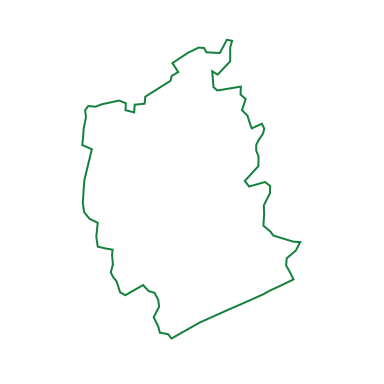 Pato Bragado, Paraná, Brazil, rotated 238°
{"feature_id": "56859067B45682714407991", "entity_name": "Pato Bragado", "entity_type": "district", "adm_level": 2, "iso_a3": "BRA", "parent_name": "Brazil", "parent_adm1": "Paraná", "projection": "natural_earth1", "projection_center": [-54.242, -24.639], "detail": "fine", "context": "isolated", "style": "outline", "palette": "green", "viewbox_px": 384, "rotation_deg": 238, "n_neighbors": 0, "source": "geoboundaries", "source_scale": "gbopen_adm2", "svg_char_len": 1352}
<svg xmlns="http://www.w3.org/2000/svg" viewBox="0 0 384 384"><g transform="rotate(238 192 192)"><path d="M307.7,278.5L310.9,274.3L312.2,262.3L311.7,243.7L301.0,243.9L301.2,236.3L297.7,232.6L297.6,202.9L292.0,198.6L296.4,189.7L290.2,185.1L296.6,179.0L302.3,182.9L308.2,178.6L314.2,161.9L315.5,155.3L319.9,149.6L317.9,144.6L311.8,141.9L303.5,134.0L295.4,128.1L290.0,123.8L281.3,129.7L259.3,107.2L251.6,101.5L240.9,93.8L232.3,89.9L223.8,90.8L215.8,95.7L204.7,87.1L195.6,83.1L189.8,88.9L185.2,94.1L180.9,90.8L172.4,86.5L167.0,80.6L161.8,80.0L156.3,80.7L145.0,77.9L139.8,80.7L139.0,101.2L131.0,102.7L126.4,106.8L118.4,106.2L112.1,103.3L106.2,93.2L95.5,92.0L89.7,90.2L84.2,96.3L78.6,97.0L78.3,104.6L77.3,128.7L73.0,160.2L70.7,175.3L67.5,198.3L67.2,205.0L65.4,219.5L64.1,231.8L73.0,232.6L79.9,232.9L85.6,237.2L87.4,249.2L92.2,257.2L96.2,251.6L103.2,245.5L112.1,237.8L116.8,237.6L125.6,234.7L135.1,241.5L142.6,245.8L149.6,257.4L155.6,261.5L161.8,259.2L166.4,243.3L173.4,242.7L178.8,262.0L186.8,267.2L193.3,268.5L198.0,271.5L200.8,276.2L203.9,283.2L207.5,286.9L212.9,287.4L214.3,276.4L219.2,277.4L227.4,279.5L234.9,277.7L242.4,286.8L248.9,284.8L255.5,289.3L264.7,267.2L269.6,265.8L275.9,269.1L283.7,273.1L278.0,276.0L282.6,293.6L294.3,301.0L299.0,306.1L302.6,302.2L295.1,289.3L302.8,278.2L307.7,278.5Z" fill="none" stroke="#15803d" stroke-width="2"/></g></svg>